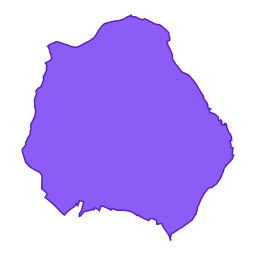 Ludos, Sibiu, Romania (orthographic projection)
{"feature_id": "2599482B73339255200359", "entity_name": "Ludos", "entity_type": "district", "adm_level": 2, "iso_a3": "ROU", "parent_name": "Romania", "parent_adm1": "Sibiu", "projection": "orthographic", "projection_center": [23.908, 45.934], "detail": "fine", "context": "isolated", "style": "filled", "palette": "violet", "viewbox_px": 256, "rotation_deg": 0, "n_neighbors": 0, "source": "geoboundaries", "source_scale": "gbopen_adm2", "svg_char_len": 5683}
<svg xmlns="http://www.w3.org/2000/svg" viewBox="0 0 256 256"><path d="M233.8,155.2L233.2,155.0L232.3,154.6L232.3,154.1L232.4,153.0L232.5,151.7L232.9,147.7L232.4,147.8L231.2,147.7L230.9,146.8L231.0,144.9L230.9,144.3L230.7,143.7L229.9,140.7L231.7,140.5L231.6,140.1L231.5,138.9L231.7,138.7L231.4,137.1L230.3,134.0L229.4,133.8L227.9,130.0L227.1,128.3L226.7,126.8L226.7,125.2L225.7,123.5L224.7,123.5L224.6,123.8L224.5,125.2L224.4,125.3L224.1,125.3L223.4,125.0L222.9,124.3L222.0,124.6L220.7,123.3L222.0,122.3L221.6,121.4L221.2,120.6L220.7,119.9L219.3,121.1L218.8,120.4L218.4,119.4L218.5,117.6L217.2,116.1L216.5,115.4L214.9,114.2L212.8,113.3L211.1,112.8L209.9,112.5L209.9,111.8L209.7,111.3L209.4,110.0L209.6,109.7L209.0,109.5L208.8,109.4L208.9,109.2L209.7,109.3L210.6,109.0L209.6,108.4L207.6,107.6L207.7,105.7L207.7,104.7L207.1,104.1L207.2,103.3L205.1,100.5L204.0,99.3L203.4,95.9L202.7,95.2L198.4,88.2L197.3,86.1L196.8,85.3L193.8,81.0L191.8,78.6L189.0,75.5L188.5,75.0L188.1,74.7L186.7,74.1L182.5,72.2L181.8,71.8L181.4,71.4L179.7,69.1L177.6,66.4L175.4,63.9L175.1,63.1L173.9,61.2L172.9,59.9L172.7,59.2L172.5,58.6L172.5,57.8L172.3,55.1L172.1,54.3L171.8,53.3L171.4,52.4L170.1,49.5L167.5,44.1L167.2,43.0L166.7,41.7L169.9,40.1L169.7,38.8L169.7,37.2L169.5,36.5L169.2,36.2L168.9,35.3L168.7,34.4L168.7,33.6L168.9,32.9L168.8,32.7L165.0,29.0L161.6,26.1L159.4,24.6L155.8,24.3L151.8,22.2L146.1,19.5L144.8,18.7L144.4,18.8L143.9,19.3L143.1,19.6L142.1,19.7L141.3,19.5L140.3,19.2L137.3,17.8L135.7,16.9L134.3,16.9L133.4,16.8L130.7,16.1L131.0,15.4L127.5,16.7L126.4,17.3L124.7,18.7L123.8,19.1L122.9,19.4L121.8,19.8L119.0,20.5L115.7,20.9L112.3,21.6L111.3,21.9L106.7,23.0L105.7,23.4L105.0,23.4L104.4,23.7L104.4,23.9L103.2,24.8L102.2,25.8L101.1,27.2L100.4,28.0L99.2,29.6L98.1,31.3L96.3,34.5L95.3,36.0L94.0,37.7L93.6,38.0L91.5,39.5L90.2,40.5L89.2,41.1L82.8,44.3L82.4,44.7L81.4,45.2L80.0,45.9L78.3,46.7L76.1,47.3L73.4,47.1L72.6,46.7L70.6,46.4L67.9,45.2L66.4,44.6L63.5,43.9L61.8,43.2L60.2,42.7L59.2,42.4L57.1,41.7L56.5,41.7L55.8,41.9L53.3,43.1L51.3,43.8L48.8,45.2L48.0,45.8L47.6,46.4L48.0,46.4L48.1,46.5L48.3,47.0L48.6,47.7L49.1,48.7L49.2,49.2L49.9,51.8L50.1,52.4L50.4,53.3L50.8,54.9L51.1,55.8L51.2,56.3L51.3,57.1L51.7,58.1L51.8,58.5L51.4,58.9L51.2,59.3L50.5,60.0L50.1,60.7L49.2,61.1L48.0,61.6L46.3,62.5L45.4,63.1L46.1,64.0L46.7,65.2L47.0,66.1L47.0,66.4L46.6,67.2L46.4,67.8L46.4,68.6L46.5,70.3L46.5,70.6L46.2,71.2L45.1,73.3L44.1,75.5L43.6,76.3L43.4,76.7L43.3,77.0L43.5,77.8L43.4,78.8L43.6,79.5L43.2,81.2L43.0,81.6L42.6,83.0L42.2,83.6L41.3,85.9L40.7,86.7L40.4,87.3L40.1,87.5L39.7,87.7L39.1,87.8L38.7,87.9L37.6,89.0L36.8,89.8L36.3,90.5L36.1,91.0L36.1,91.7L36.4,93.2L36.4,94.0L36.2,94.9L35.5,96.9L35.0,98.1L34.7,99.0L34.5,100.7L34.5,101.9L34.7,103.2L34.7,104.3L34.7,106.1L34.8,106.9L35.1,108.3L35.3,108.6L35.5,109.2L35.6,110.8L35.5,112.8L35.2,114.3L34.9,115.5L34.8,116.4L34.8,116.8L34.4,117.5L33.8,118.3L33.3,119.7L32.5,121.3L32.0,122.0L31.7,122.9L31.3,123.5L30.9,123.9L30.8,125.3L30.9,126.4L31.0,127.5L31.2,128.1L31.2,128.5L31.1,128.9L30.3,130.7L30.2,131.6L30.2,132.5L30.4,133.3L30.3,133.8L30.1,134.3L29.5,135.2L28.8,136.6L28.2,137.3L27.8,137.7L27.5,138.1L27.3,139.3L26.2,141.2L26.0,141.8L25.9,142.5L25.7,143.6L25.7,144.4L25.6,144.9L25.3,145.5L24.1,147.2L23.0,148.5L22.3,149.1L22.2,149.4L22.4,151.3L22.9,153.5L23.6,155.5L24.4,158.2L25.3,160.8L25.5,161.7L25.5,162.1L26.1,162.9L26.6,163.2L26.9,163.9L27.4,164.4L28.0,164.9L29.4,166.3L31.0,167.6L33.1,168.8L34.6,169.8L38.0,171.5L39.9,172.6L42.0,175.6L42.0,175.8L42.0,179.3L41.9,182.0L41.9,184.5L41.8,185.5L41.6,188.7L42.9,189.8L44.0,190.5L47.4,193.8L45.1,197.4L48.8,200.2L53.1,204.0L56.0,206.8L62.3,213.3L64.5,215.1L65.5,213.8L65.9,213.4L67.0,212.1L69.7,209.9L71.3,208.6L73.1,207.4L74.6,206.2L75.4,205.4L75.8,204.7L76.1,204.0L76.1,203.5L76.2,203.3L76.6,203.7L76.6,204.1L77.0,204.7L77.4,205.8L77.7,206.4L77.7,206.1L78.1,204.5L78.4,204.2L78.6,203.6L79.0,202.6L78.9,201.9L79.2,200.5L80.3,200.8L83.8,201.7L81.5,210.4L81.4,210.7L79.7,213.2L79.4,213.8L79.3,214.3L79.4,216.4L80.0,216.1L80.5,215.8L84.1,211.7L88.4,210.7L92.4,209.6L94.0,209.8L94.1,208.4L94.3,207.7L95.8,208.3L97.4,209.1L98.0,209.5L99.3,210.6L99.7,209.3L100.2,208.1L101.2,205.8L101.6,205.8L103.2,206.3L106.4,207.7L108.1,208.6L109.2,209.0L110.2,209.6L110.9,210.1L111.8,208.6L115.9,209.8L118.1,210.3L122.0,210.3L126.6,210.6L128.4,210.9L132.2,212.1L134.2,213.4L135.3,214.2L136.7,215.2L137.4,215.1L137.6,214.9L137.8,215.0L138.0,215.2L138.0,215.7L138.5,215.6L138.9,215.2L139.2,215.2L139.7,215.7L139.8,215.9L139.7,216.2L139.8,216.3L140.7,216.8L142.2,217.5L144.0,218.6L146.4,219.5L148.7,220.6L149.1,220.1L149.3,219.4L149.6,219.2L150.0,218.9L151.5,218.4L151.8,218.4L153.8,219.1L154.0,219.3L154.3,219.6L155.3,219.7L156.1,220.0L156.3,220.3L156.7,222.7L156.7,223.7L156.9,224.3L160.9,223.6L161.9,223.6L162.6,225.7L163.4,227.2L166.6,231.7L167.7,233.0L169.5,236.7L170.6,240.6L170.7,240.1L170.5,239.1L170.5,237.9L170.6,236.9L170.8,235.7L171.2,234.4L171.5,233.9L172.0,233.4L175.4,231.5L178.5,229.3L180.3,228.0L181.7,227.7L182.8,226.7L189.4,222.0L192.3,219.7L192.6,219.2L195.0,215.2L195.8,214.3L196.0,214.0L197.1,209.9L197.3,208.9L197.5,207.3L197.8,206.6L198.3,205.4L198.7,204.9L198.8,204.3L200.9,199.6L201.0,199.2L201.3,198.5L201.8,197.8L203.4,195.1L203.8,194.2L204.5,193.0L205.3,192.1L207.8,188.8L208.5,188.2L209.7,187.8L210.1,187.8L211.0,187.6L212.2,187.1L212.8,186.8L214.8,185.1L216.3,184.0L216.7,183.6L217.4,182.7L218.1,181.5L218.6,181.0L219.1,180.4L219.4,179.8L219.7,179.3L220.6,177.8L221.1,176.8L221.5,175.4L221.9,174.4L223.0,172.3L223.4,171.0L224.0,168.7L224.2,168.2L227.6,164.0L228.7,162.8L229.5,162.1L230.1,161.4L231.7,159.7L232.1,159.2L233.2,156.2L233.8,155.2Z" fill="#8b5cf6" stroke="#5b21b6" stroke-width="1.5"/></svg>